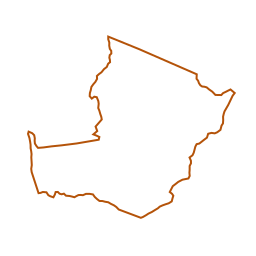 outline of Ibicuitinga, Ceará, Brazil, rotated 193°
{"feature_id": "56859067B26407679214114", "entity_name": "Ibicuitinga", "entity_type": "district", "adm_level": 2, "iso_a3": "BRA", "parent_name": "Brazil", "parent_adm1": "Ceará", "projection": "natural_earth1", "projection_center": [-38.546, -4.981], "detail": "fine", "context": "isolated", "style": "outline", "palette": "amber", "viewbox_px": 256, "rotation_deg": 193, "n_neighbors": 0, "source": "geoboundaries", "source_scale": "gbopen_adm2", "svg_char_len": 2047}
<svg xmlns="http://www.w3.org/2000/svg" viewBox="0 0 256 256"><g transform="rotate(193 128 128)"><path d="M73.1,195.8L131.5,206.7L134.1,207.2L167.8,212.6L167.2,210.0L165.4,207.0L164.8,204.0L163.5,201.0L161.7,199.4L161.0,196.8L162.2,194.9L162.0,192.3L161.0,190.4L160.3,188.1L161.8,186.2L162.4,182.7L164.6,180.0L166.4,176.3L168.3,174.1L170.0,171.7L169.2,168.9L170.2,165.5L171.6,162.9L172.9,159.8L172.8,156.5L173.0,153.5L172.5,150.4L169.9,148.5L167.9,150.9L165.4,151.0L163.0,147.6L162.0,145.0L161.5,140.8L159.8,138.4L158.2,135.5L156.5,132.8L155.5,130.4L159.9,122.1L157.3,118.1L160.3,114.0L157.0,113.5L153.9,112.8L153.9,110.0L174.5,101.4L189.0,96.1L198.4,92.9L206.1,90.0L211.2,88.4L213.1,89.8L215.2,91.9L216.1,94.6L216.5,97.0L217.8,99.9L220.2,101.4L224.0,102.1L224.1,99.8L221.8,96.1L220.3,92.7L219.2,89.9L218.3,86.3L217.1,83.6L216.1,80.9L215.6,77.6L214.3,73.3L213.4,70.2L213.1,66.4L211.9,63.3L200.5,44.4L198.6,45.1L196.6,46.5L193.0,47.0L190.5,44.6L188.3,44.0L185.1,43.7L184.3,46.7L184.1,49.3L182.0,49.9L179.9,48.6L177.7,48.5L175.7,49.6L173.2,48.1L169.7,48.6L167.2,48.6L164.6,48.5L163.0,50.0L161.2,51.5L159.1,52.1L156.8,52.4L154.1,54.4L150.5,55.2L147.2,55.4L144.8,53.3L142.2,51.8L139.4,50.5L136.4,51.1L133.8,51.0L130.5,51.2L127.8,50.3L124.3,49.5L121.6,48.4L118.7,46.5L95.3,43.4L93.5,44.6L90.7,47.2L88.8,49.2L85.9,51.5L83.3,54.1L80.8,56.5L79.4,58.5L76.9,60.4L74.1,62.2L71.4,63.8L68.9,66.3L68.8,69.8L68.6,72.2L70.3,73.8L72.9,75.0L71.3,81.4L68.9,84.3L66.9,86.8L63.3,89.9L57.8,92.4L57.1,95.2L58.1,98.2L58.5,101.0L59.4,104.9L58.7,107.7L59.3,110.2L61.4,113.1L59.0,116.0L58.4,118.7L58.3,121.4L58.2,125.0L57.5,127.7L55.0,128.9L51.4,133.4L48.9,136.4L48.6,140.4L45.6,142.0L42.3,142.3L40.1,143.9L37.5,147.0L37.4,151.4L36.5,153.8L37.0,157.0L37.9,160.4L37.9,163.4L37.7,165.9L35.5,173.1L33.3,183.0L31.9,186.1L36.8,188.6L38.9,186.9L40.9,185.2L43.2,183.4L44.5,181.1L47.7,180.4L50.3,179.9L52.1,181.1L54.1,182.4L57.6,183.8L60.5,185.3L62.9,185.4L65.1,185.1L67.1,185.9L69.0,187.7L70.3,189.8L72.3,191.4L73.1,195.8Z" fill="none" stroke="#b45309" stroke-width="2"/></g></svg>